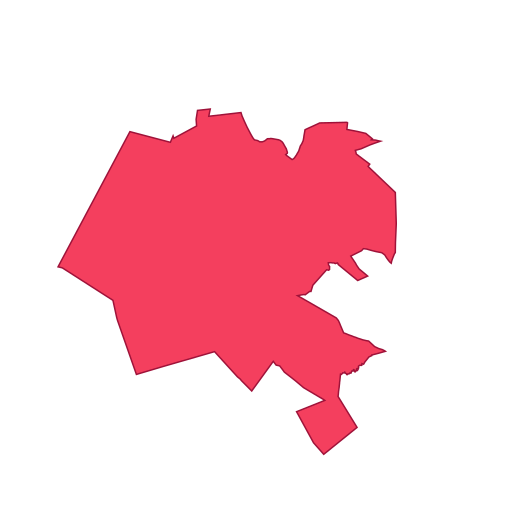 Maravilla Tenejapa, Chiapas, Mexico, rotated 118°
{"feature_id": "50627088B99031968227417", "entity_name": "Maravilla Tenejapa", "entity_type": "district", "adm_level": 2, "iso_a3": "MEX", "parent_name": "Mexico", "parent_adm1": "Chiapas", "projection": "albers", "projection_center": [-91.265, 16.214], "detail": "fine", "context": "isolated", "style": "filled", "palette": "rose", "viewbox_px": 512, "rotation_deg": 118, "n_neighbors": 0, "source": "geoboundaries", "source_scale": "gbopen_adm2", "svg_char_len": 4895}
<svg xmlns="http://www.w3.org/2000/svg" viewBox="0 0 512 512"><g transform="rotate(118 256 256)"><path d="M358.5,425.7L357.4,421.4L362.3,361.5L375.5,350.3L376.9,349.0L378.3,347.6L416.7,306.0L397.2,286.2L359.9,247.7L367.9,225.4L371.4,215.6L372.1,212.0L372.8,210.6L377.2,196.4L365.1,194.7L344.3,191.8L340.9,191.3L342.9,187.0L341.9,183.5L344.1,178.7L345.2,176.5L346.8,167.3L347.7,162.4L349.9,152.2L351.0,128.9L351.2,127.5L374.4,147.1L393.9,117.5L399.3,103.1L359.9,86.3L341.5,117.6L339.4,118.4L337.8,119.1L336.9,119.5L333.3,120.8L329.1,122.5L328.5,122.8L326.6,123.5L321.0,125.8L320.7,125.9L320.7,125.6L320.8,125.5L320.7,125.3L320.5,125.0L319.1,124.6L318.8,124.6L318.4,124.5L318.3,124.2L318.1,123.8L318.0,123.5L317.7,123.3L317.1,123.2L316.8,123.1L316.9,122.9L317.0,122.8L317.2,122.6L317.3,122.5L317.4,122.4L317.6,122.2L317.5,121.7L317.5,121.4L317.5,121.1L317.5,120.9L317.8,120.6L318.0,120.4L318.1,120.2L318.0,119.8L317.8,119.7L317.4,119.6L317.1,119.6L316.9,119.5L316.8,119.3L316.7,119.1L316.5,118.8L316.5,118.7L316.2,118.4L315.9,118.4L315.6,118.4L315.2,118.2L315.0,117.9L315.0,117.6L315.0,117.3L314.9,117.2L314.6,117.1L313.6,117.3L313.2,117.4L312.9,117.4L312.6,117.4L312.4,117.3L312.3,117.1L312.3,116.9L312.2,116.6L312.1,116.4L312.0,116.2L311.9,116.1L311.5,116.1L311.4,116.2L311.3,116.3L311.0,116.5L310.9,116.5L310.7,116.6L310.4,116.4L310.4,116.2L310.6,115.6L310.9,115.4L310.9,115.2L311.1,115.0L311.3,114.9L311.5,114.7L311.8,114.4L311.9,114.2L311.6,113.9L310.4,113.7L310.2,113.6L309.8,113.2L309.6,112.8L309.0,112.7L309.2,113.1L309.3,113.2L309.3,113.4L309.4,113.5L309.3,113.8L309.1,114.0L308.9,114.1L308.5,114.1L308.1,114.1L307.9,114.0L307.7,113.8L307.6,113.6L307.5,113.3L307.5,113.1L307.4,112.9L307.1,112.8L306.8,112.8L306.3,113.0L305.8,113.4L305.3,113.8L305.1,113.8L304.7,113.5L304.0,113.3L303.7,112.9L303.5,112.5L303.4,112.2L303.3,111.9L303.2,111.7L302.8,111.3L302.5,111.3L302.3,111.4L302.1,111.7L301.7,111.8L301.3,111.9L301.3,111.7L301.2,111.4L301.1,111.0L301.0,110.6L301.0,110.2L298.4,110.1L292.1,108.9L289.6,107.0L289.1,107.3L286.6,104.6L284.5,102.3L282.3,100.0L281.6,99.3L280.0,97.6L279.4,97.0L279.3,97.8L279.3,100.3L279.5,101.3L280.1,104.3L280.3,108.7L279.5,111.7L278.4,115.9L278.2,116.6L278.9,118.7L279.5,120.9L279.8,122.0L280.0,123.0L280.2,124.3L280.4,125.4L280.6,126.4L280.8,127.5L280.9,128.6L281.0,129.7L281.2,130.7L281.4,131.8L281.5,132.9L281.6,134.0L281.8,135.1L282.1,137.2L282.2,138.2L282.3,139.3L282.4,140.4L282.6,141.5L282.7,142.6L278.3,148.0L278.0,148.4L275.8,151.0L274.3,153.0L273.0,156.0L271.5,200.7L269.0,197.6L267.4,195.4L267.2,194.4L262.1,192.0L261.5,190.8L257.6,191.6L255.1,192.1L235.0,187.2L234.4,185.1L234.0,185.0L233.1,184.8L232.9,185.0L231.3,185.8L230.8,186.0L229.9,187.7L228.0,189.0L226.7,186.7L226.2,185.2L225.5,183.9L225.5,182.4L224.8,181.9L223.9,180.7L224.3,180.0L224.5,179.8L224.9,179.5L229.9,154.7L221.3,148.0L219.7,155.6L219.0,158.9L216.9,162.9L215.6,164.8L211.6,172.3L201.8,165.3L199.1,164.6L197.9,161.5L196.9,156.7L195.8,152.2L194.2,147.0L194.1,146.2L194.4,144.1L194.7,142.6L195.8,140.8L196.7,139.1L197.8,136.8L198.6,134.8L198.7,134.3L198.9,133.2L196.8,133.8L193.7,134.3L191.7,134.5L189.1,134.8L187.6,134.6L178.6,139.2L162.5,146.9L161.3,147.5L134.5,162.8L124.7,197.8L124.2,199.1L121.5,198.7L121.1,201.3L119.9,208.9L119.7,210.1L119.6,210.6L119.5,211.8L119.3,212.5L118.9,215.3L117.7,216.3L117.4,216.5L116.1,217.9L113.1,214.7L112.1,213.6L104.4,207.5L102.4,205.7L100.8,204.3L100.3,203.8L99.1,202.7L96.2,200.0L96.9,202.4L97.5,204.8L99.2,208.7L97.9,208.3L97.4,210.6L96.2,216.6L98.4,224.9L101.6,235.2L95.4,237.7L95.3,238.5L103.8,253.6L108.6,262.2L111.0,264.0L111.9,264.7L112.7,265.3L113.9,266.2L116.1,267.9L117.0,268.6L117.9,269.3L121.5,272.0L125.4,270.7L127.3,270.1L129.1,269.4L129.8,269.2L131.6,268.6L131.8,268.6L132.1,268.5L133.1,268.4L133.3,268.4L133.9,268.4L134.4,268.3L135.1,268.3L136.2,268.3L136.3,268.3L137.5,268.5L138.7,268.4L140.0,268.1L140.4,268.1L140.7,268.0L140.9,268.0L141.7,267.8L142.1,267.8L142.8,267.6L143.6,267.6L144.1,267.6L144.9,267.6L145.9,267.7L146.0,267.7L147.0,267.7L147.7,267.7L148.0,267.7L149.2,267.9L149.3,267.9L150.2,268.0L151.2,268.1L152.1,268.4L152.3,268.4L153.3,269.0L153.9,269.4L153.1,274.9L153.1,275.3L153.0,275.6L152.8,276.4L152.6,276.7L152.6,276.8L152.6,277.0L152.5,277.4L150.6,276.6L149.8,276.9L148.6,278.1L147.9,278.8L147.5,279.2L147.1,279.6L146.3,280.9L145.1,282.8L144.3,284.0L143.6,285.1L142.9,286.7L142.6,288.8L142.6,289.2L142.8,290.8L142.9,291.0L143.4,292.6L144.9,297.2L145.4,298.3L146.0,299.0L147.1,301.0L148.6,301.6L150.1,302.3L150.4,302.4L152.3,304.1L153.4,306.3L153.3,308.7L153.8,310.5L154.2,311.9L153.2,314.1L152.3,315.6L150.7,318.1L146.4,324.4L142.3,329.8L138.8,334.2L136.4,336.6L154.8,363.3L147.7,365.4L154.9,376.0L162.4,373.4L163.5,373.0L169.1,369.5L190.6,383.8L188.9,385.6L195.8,385.0L195.9,385.3L205.4,425.7L206.5,425.7L247.7,425.7L281.8,425.7L358.5,425.7Z" fill="#f43f5e" stroke="#9f1239" stroke-width="1.5"/></g></svg>